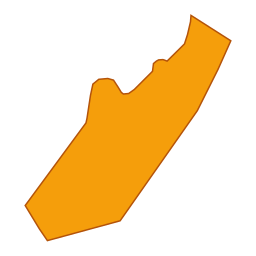 Ravine Touterelle, Castries, Saint Lucia
{"feature_id": "8701671B77761135281215", "entity_name": "Ravine Touterelle", "entity_type": "district", "adm_level": 2, "iso_a3": "LCA", "parent_name": "Saint Lucia", "parent_adm1": "Castries", "projection": "orthographic", "projection_center": [-60.988, 14.003], "detail": "fine", "context": "isolated", "style": "filled", "palette": "amber", "viewbox_px": 256, "rotation_deg": 0, "n_neighbors": 0, "source": "geoboundaries", "source_scale": "gbopen_adm2", "svg_char_len": 493}
<svg xmlns="http://www.w3.org/2000/svg" viewBox="0 0 256 256"><path d="M191.0,15.4L190.5,21.8L189.3,26.9L187.5,34.6L184.5,43.9L167.1,61.1L164.2,60.0L162.9,59.6L158.6,59.9L156.4,61.1L153.5,63.5L152.5,71.3L134.3,89.5L128.7,93.5L123.4,94.0L121.3,92.4L118.0,87.0L113.5,80.1L107.8,78.5L98.8,79.3L97.8,80.1L92.9,84.1L90.5,95.3L87.0,118.3L86.0,122.9L25.2,205.5L39.4,228.9L47.4,240.6L120.1,220.8L197.3,110.7L218.0,69.4L230.8,40.8L191.0,15.4Z" fill="#f59e0b" stroke="#b45309" stroke-width="1.5"/></svg>